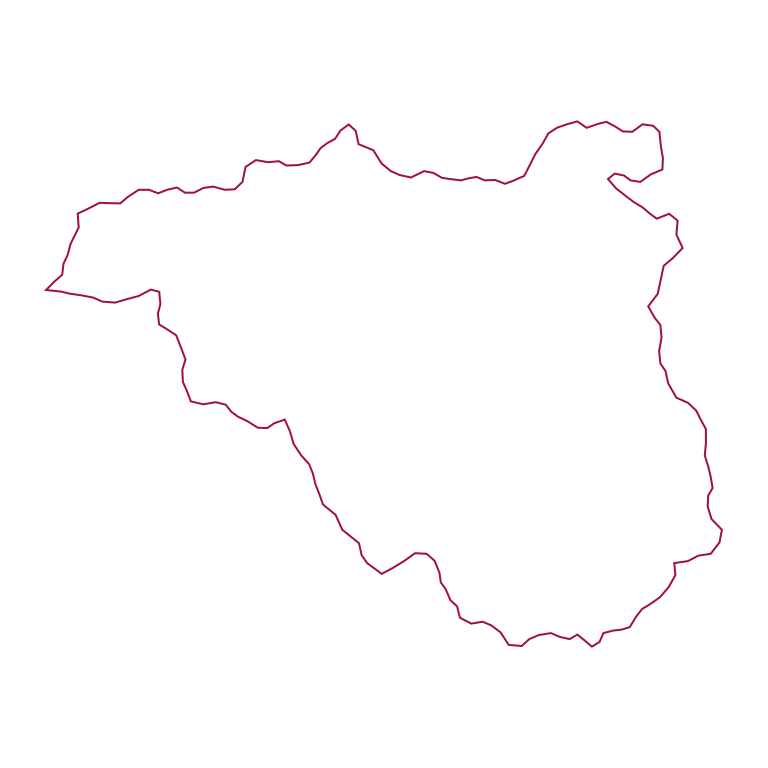 Nova Serrana, Minas Gerais, Brazil
{"feature_id": "56859067B56577465967260", "entity_name": "Nova Serrana", "entity_type": "district", "adm_level": 2, "iso_a3": "BRA", "parent_name": "Brazil", "parent_adm1": "Minas Gerais", "projection": "natural_earth1", "projection_center": [-44.98, -19.859], "detail": "fine", "context": "isolated", "style": "outline", "palette": "rose", "viewbox_px": 768, "rotation_deg": 0, "n_neighbors": 0, "source": "geoboundaries", "source_scale": "gbopen_adm2", "svg_char_len": 2596}
<svg xmlns="http://www.w3.org/2000/svg" viewBox="0 0 768 768"><path d="M46.1,290.0L61.1,291.6L69.8,293.7L80.7,295.2L93.3,297.6L102.3,301.6L115.2,302.6L125.6,299.5L138.7,296.0L150.8,289.6L159.2,291.8L160.4,304.1L157.9,313.6L159.1,324.4L167.9,329.8L176.2,335.3L181.0,347.6L185.5,359.6L182.3,369.7L182.9,381.9L187.3,391.9L190.9,401.4L203.2,404.3L215.8,402.2L225.7,404.7L231.3,411.8L238.0,416.7L247.3,421.1L257.7,427.7L267.2,428.1L274.1,423.3L284.8,419.6L289.9,431.2L293.6,443.9L301.3,455.5L309.2,464.3L312.9,473.7L315.4,484.2L319.3,494.0L323.0,504.5L335.6,514.9L342.3,529.8L350.3,536.2L359.0,543.2L361.6,555.1L367.1,563.1L375.3,569.1L381.7,573.9L391.8,568.5L403.4,561.5L415.1,553.2L426.6,553.8L434.6,560.8L439.5,572.9L440.8,582.4L445.8,589.4L450.4,600.2L457.1,606.4L460.0,617.8L471.3,623.6L482.7,621.7L491.5,625.5L500.7,632.5L508.7,644.9L521.7,646.0L529.3,639.1L538.9,635.0L551.0,633.1L559.8,636.9L569.7,639.1L577.3,634.6L584.1,640.0L591.9,646.6L599.5,642.0L603.4,633.1L613.0,630.6L621.8,629.6L629.8,627.1L636.0,616.8L642.2,608.9L649.1,604.8L659.9,597.3L668.7,587.1L675.4,575.1L674.2,563.1L688.0,561.1L698.1,555.7L710.7,553.8L719.5,542.4L721.9,529.8L711.5,519.0L707.7,506.4L708.2,495.6L712.6,488.0L710.7,476.8L708.2,466.4L704.8,455.5L705.9,443.6L705.9,429.1L700.5,419.2L696.3,410.7L688.0,402.8L676.4,397.7L668.2,383.4L665.5,371.0L660.4,363.5L659.1,351.1L661.5,337.8L660.4,325.0L654.8,317.9L648.2,306.4L657.8,293.7L660.7,279.8L663.7,265.8L673.0,257.9L682.6,248.0L676.4,234.5L677.6,220.6L669.1,213.8L656.7,218.7L649.0,212.9L642.3,207.2L634.3,202.4L626.8,196.8L616.0,188.3L608.0,179.0L614.7,173.6L624.0,175.5L630.5,180.4L640.3,181.9L650.8,174.4L662.4,169.5L662.9,158.1L660.9,146.3L659.4,131.8L653.2,125.8L642.5,124.3L632.3,131.8L622.7,131.4L615.0,126.4L606.4,121.8L598.0,123.9L586.6,127.8L577.3,121.4L566.8,124.3L556.9,127.8L548.4,133.4L542.5,143.8L535.2,154.3L529.3,166.1L524.2,175.9L512.9,180.9L504.9,183.8L495.3,180.0L484.9,180.4L476.4,176.9L468.5,178.4L460.9,180.4L452.9,179.4L442.1,177.9L433.6,173.0L424.1,171.1L411.0,177.5L399.6,175.0L390.8,171.1L381.6,163.5L373.3,150.2L358.6,144.2L355.7,130.9L348.7,124.5L340.5,130.5L335.1,138.8L327.1,143.2L320.6,148.1L315.8,155.0L309.5,162.6L297.9,165.1L286.4,165.5L278.9,161.2L268.2,162.2L255.9,160.1L245.5,167.0L242.5,181.9L234.7,189.3L224.9,189.8L213.1,186.6L203.6,187.9L194.0,192.7L185.0,192.7L177.0,187.5L167.1,189.8L158.2,193.3L149.1,189.8L138.7,189.8L128.0,196.8L120.2,203.4L110.6,203.2L99.6,202.8L86.7,209.4L77.7,213.6L78.7,227.5L70.7,243.6L67.5,255.4L63.5,263.7L62.2,274.7L53.6,282.3L46.1,290.0Z" fill="none" stroke="#9f1239" stroke-width="2"/></svg>